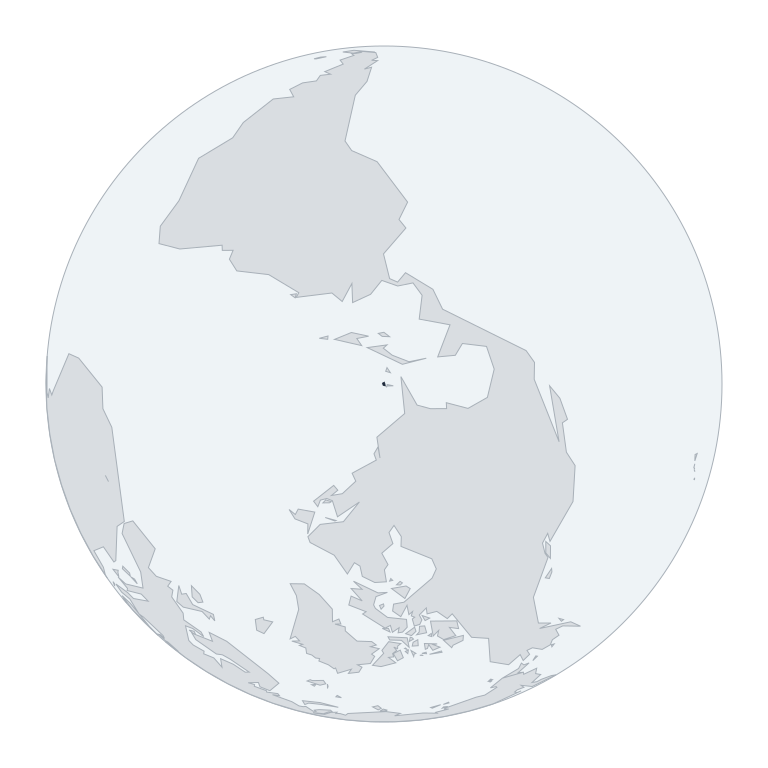 globe centered on Central Abaco, rotated 180°
{"feature_id": "BHS-5015", "entity_name": "Central Abaco", "entity_type": "District", "adm_level": 1, "iso_a3": "BHS", "parent_name": "The Bahamas", "parent_adm1": "", "projection": "orthographic", "projection_center": [-77.217, 26.497], "detail": "coarse", "context": "on_globe", "style": "filled", "palette": "slate", "viewbox_px": 768, "rotation_deg": 180, "n_neighbors": 0, "source": "natural_earth", "source_scale": "10m", "svg_char_len": 9866}
<svg xmlns="http://www.w3.org/2000/svg" viewBox="0 0 768 768"><g transform="rotate(180 384 384)"><circle cx="384" cy="384" r="338" fill="#eef3f6" stroke="#a8b0b8"/><path d="M378.4,489.4L370.4,485.9L362.5,495.3L335.1,478.7L325.4,458.8L241.9,417.4L233.5,405.6L233.8,388.7L208.9,326.2L218.4,382.2L208.1,369.7L200.5,348.7L205.6,345.2L201.6,315.8L192.9,302.4L195.0,266.5L218.0,226.6L220.3,234.6L225.5,224.9L223.0,214.7L220.0,210.5L234.6,170.7L229.6,145.0L217.0,145.0L228.4,139.5L197.2,146.2L187.5,141.8L205.3,142.1L212.3,138.7L209.0,132.8L215.6,128.3L217.7,123.2L225.8,118.6L235.6,120.2L241.0,117.6L238.4,113.7L244.8,107.5L247.8,113.4L259.4,103.3L277.8,106.3L279.4,129.6L296.4,130.7L315.8,154.2L320.7,149.4L331.2,156.6L340.9,154.1L341.7,160.1L348.7,153.0L346.1,148.1L348.2,143.6L353.7,142.0L355.7,149.0L353.3,150.8L356.7,152.1L355.4,156.5L359.1,153.4L361.0,162.7L367.2,151.3L375.4,157.0L374.4,163.9L364.0,165.8L335.9,189.9L331.7,199.1L336.2,209.2L367.0,221.6L366.7,231.4L374.0,242.6L379.0,235.5L375.1,224.4L386.2,214.8L380.0,203.4L383.6,198.2L381.6,186.2L393.2,185.5L405.7,191.6L408.0,201.9L413.6,205.3L420.6,194.0L433.8,212.8L457.9,225.5L460.1,231.3L447.8,243.6L424.6,246.3L408.6,266.0L430.5,251.2L435.6,267.3L441.2,269.5L447.6,267.9L450.2,261.3L454.4,266.8L434.3,282.6L430.2,277.8L436.6,272.5L425.7,274.3L412.2,286.8L415.9,294.8L391.7,307.9L394.0,314.2L390.0,321.1L388.0,310.0L391.1,330.8L363.3,354.5L367.1,391.4L350.9,362.9L337.5,359.3L321.4,359.4L321.7,365.3L300.0,359.6L280.6,370.6L273.8,398.9L281.5,421.6L305.6,424.5L312.7,412.7L330.3,411.1L318.0,443.2L348.8,448.9L345.9,472.7L355.0,485.1L370.3,482.0L386.2,487.6L397.4,473.7L415.4,465.4L416.1,484.5L425.8,466.5L436.1,475.0L471.8,470.6L469.2,475.3L499.3,493.4L531.2,497.1L538.6,508.8L534.9,517.7L545.7,517.6L545.9,522.8L588.2,519.0L609.0,524.4L607.7,541.8L589.1,567.2L569.4,609.7L535.3,630.2L524.7,645.5L494.8,669.0L474.3,671.2L478.3,678.6L465.4,685.1L451.6,687.1L447.7,692.6L437.4,693.8L443.2,696.4L424.8,703.9L427.9,707.9L414.1,712.6L416.5,714.4L411.9,714.6L406.6,715.6L405.6,716.6L392.2,715.4L390.3,710.6L396.4,707.7L390.4,707.4L403.6,698.9L396.4,700.8L401.0,686.6L412.7,672.8L423.0,627.0L416.3,617.4L390.9,606.3L360.4,565.9L369.0,548.5L362.1,540.0L384.5,514.1L378.4,489.4ZM70.8,314.5L73.2,307.1L72.9,313.5L70.8,314.5ZM73.9,301.5L73.2,304.2L73.7,301.7L73.9,301.5ZM73.7,298.9L73.9,300.7L73.4,299.3L73.7,298.9ZM73.1,296.3L73.6,297.4L73.4,297.5L73.1,296.3ZM365.6,403.7L400.8,420.4L381.0,423.1L384.7,419.8L375.8,412.8L359.1,406.3L341.7,409.8L365.6,403.7ZM73.3,290.2L73.5,288.4L74.1,288.7L73.3,290.2ZM380.8,383.5L374.7,382.2L380.7,382.0L380.8,383.5ZM217.6,209.6L222.2,215.1L222.2,226.5L217.5,222.2L217.6,209.6ZM218.7,189.5L222.7,190.2L216.4,199.5L216.1,196.1L218.7,189.5ZM206.6,146.7L209.1,149.7L204.4,148.4L206.6,146.7ZM216.6,123.3L213.8,124.1L216.1,121.2L216.6,123.3ZM375.3,187.6L378.4,186.9L377.2,189.5L375.3,187.6ZM371.5,183.2L367.9,186.6L365.6,185.1L367.8,183.0L371.5,183.2ZM230.6,111.8L235.2,107.4L232.2,112.1L230.6,111.8ZM376.5,179.5L361.9,182.0L357.8,179.4L363.1,169.5L376.5,179.5ZM238.9,105.1L249.9,95.3L244.6,95.8L265.7,89.8L249.4,99.5L246.6,104.9L244.1,103.1L238.9,105.1ZM342.9,147.4L345.9,152.5L338.3,149.9L342.9,147.4ZM337.5,146.9L311.2,147.1L309.4,139.4L318.6,140.6L312.2,132.4L324.3,128.4L330.5,132.0L329.3,137.6L334.8,132.0L337.5,146.9ZM275.6,88.4L279.7,86.7L277.3,88.9L275.6,88.4ZM348.5,141.7L343.3,142.1L341.4,135.3L351.4,133.2L348.8,136.0L348.5,141.7ZM304.6,132.6L305.0,127.6L314.9,122.8L316.3,120.3L324.4,127.7L304.6,132.6ZM352.0,136.7L356.5,132.4L362.4,134.3L353.4,140.8L352.0,136.7ZM336.7,134.6L336.3,131.4L339.8,132.4L336.7,134.6ZM385.7,139.6L379.5,139.6L378.0,136.0L385.7,139.6ZM357.8,130.8L355.8,130.2L354.5,128.9L358.6,126.6L357.8,130.8ZM330.8,124.1L334.9,123.4L328.0,120.8L335.2,117.7L339.3,123.4L340.5,119.6L342.7,118.7L343.6,124.5L330.8,124.1ZM358.9,120.7L366.6,127.7L378.3,128.0L380.0,131.2L360.8,130.2L358.9,120.7ZM349.8,122.3L355.8,121.9L354.9,125.7L350.2,128.3L349.8,122.3ZM338.5,113.7L326.5,117.0L326.0,115.7L338.5,113.7ZM362.5,120.0L360.6,118.4L363.4,119.5L362.5,120.0ZM346.1,114.6L341.9,115.8L341.5,114.3L346.1,114.6ZM360.2,114.4L362.7,116.5L359.6,118.1L360.2,114.4ZM353.9,113.8L354.3,111.5L357.0,117.5L352.1,114.6L353.9,113.8ZM346.4,113.0L344.7,112.5L348.2,112.7L346.4,113.0ZM370.5,107.2L374.7,114.4L367.8,117.9L364.7,110.3L370.5,107.2ZM414.1,717.7L393.1,716.0L405.1,716.9L414.6,714.8L425.2,716.0L414.1,717.7ZM441.6,711.3L451.9,709.1L454.0,709.2L447.4,710.9L441.6,711.3ZM635.5,158.4L646.0,172.4L637.8,164.8L618.8,141.9L609.8,132.6L635.5,158.4ZM602.1,125.9L601.5,126.2L589.5,116.5L600.3,126.1L602.6,127.2L609.4,133.7L607.7,133.3L603.5,129.5L604.9,132.4L624.5,150.9L628.9,154.0L638.1,168.9L646.4,175.9L652.1,184.0L640.2,175.3L634.5,169.5L619.8,166.8L626.7,173.9L640.9,177.5L640.5,179.6L649.9,191.0L642.4,184.1L625.0,179.9L627.3,196.0L645.9,234.5L643.9,244.5L635.2,247.1L612.8,219.2L619.6,200.4L611.7,191.7L596.9,186.6L600.3,181.8L595.1,177.8L596.3,171.1L584.9,154.9L584.2,148.1L567.0,136.1L564.3,131.4L575.3,139.5L582.5,142.2L579.2,127.5L574.8,123.0L563.9,116.8L564.3,114.2L554.2,110.1L546.0,100.8L547.4,109.3L534.6,103.7L522.8,95.8L518.8,95.9L538.1,109.0L545.6,113.2L551.6,114.0L572.2,128.4L576.1,134.9L555.5,126.7L558.8,135.6L541.3,126.7L499.9,94.3L489.1,84.8L498.1,77.3L508.0,81.2L509.6,85.5L519.8,85.3L513.4,83.4L513.7,81.7L501.6,77.3L501.3,75.9L490.2,74.4L488.5,72.3L495.5,73.3L476.1,66.3L469.0,62.1L464.8,61.3L462.2,61.6L455.0,56.9L452.2,56.6L453.5,57.9L448.7,58.4L437.5,57.8L435.6,56.1L439.4,56.1L444.5,54.3L454.9,55.4L453.0,54.8L443.5,53.6L437.2,55.6L431.0,55.8L432.6,54.2L431.5,54.7L427.8,54.4L422.4,52.8L420.1,54.5L382.0,56.4L367.7,54.6L373.4,52.2L344.8,55.0L330.9,54.8L332.2,55.7L319.3,59.0L323.5,59.0L323.1,59.8L291.9,70.8L283.2,72.9L271.1,80.7L271.8,81.4L277.6,80.1L265.7,89.8L244.6,95.8L244.3,93.7L231.3,99.8L232.4,94.4L227.3,93.5L236.0,85.5L231.2,86.3L226.6,88.7L216.7,92.4L212.0,93.2L235.8,81.5L246.9,82.7L244.1,80.7L250.7,78.2L253.4,76.0L250.9,75.4L246.9,77.1L273.6,64.7L275.1,64.1L298.9,57.0L323.2,51.6L347.8,48.0L372.6,46.3L397.4,46.3L422.2,48.2L446.7,52.0L471.0,57.5L494.7,64.7L517.9,73.7L540.3,84.4L561.9,96.7L582.5,110.5L602.1,125.9ZM720.8,412.0L721.0,400.3L721.0,375.6L719.8,370.1L718.6,379.5L716.2,373.0L714.7,377.3L699.1,414.3L689.3,409.9L665.9,380.9L665.1,359.3L656.2,340.7L643.7,246.5L650.9,241.6L652.2,207.4L654.1,206.0L664.6,221.2L674.1,217.3L664.6,200.7L662.6,192.9L660.7,190.0L674.8,211.9L687.2,234.9L697.8,258.7L706.5,283.2L713.4,308.4L718.2,334.0L721.1,359.9L721.9,386.0L720.8,412.0ZM659.5,286.4L662.6,292.4L662.6,292.5L659.5,286.4ZM472.9,470.2L477.3,473.4L471.6,474.2L472.9,470.2ZM378.4,431.3L385.8,431.6L389.7,434.6L384.1,435.7L378.4,431.3ZM440.3,428.7L448.7,429.7L440.0,432.0L440.3,428.7ZM406.3,422.4L433.5,428.6L416.6,435.5L399.4,431.8L411.2,429.5L406.3,422.4ZM377.6,395.3L382.3,396.7L381.0,400.4L377.6,395.3ZM385.1,383.5L383.4,383.8L381.0,380.8L385.1,383.5ZM436.7,266.3L438.5,265.2L445.1,265.1L442.2,268.1L436.7,266.3ZM473.0,249.1L478.9,258.5L472.7,253.5L469.8,258.9L453.2,255.9L460.3,234.0L460.1,244.1L473.0,249.1ZM433.1,247.0L442.8,250.5L431.9,247.5L433.1,247.0ZM565.1,165.9L569.9,165.3L575.8,171.1L576.6,182.3L568.1,173.7L565.1,165.9ZM575.3,163.4L554.6,153.6L553.2,147.1L557.5,152.2L558.7,148.9L565.9,156.5L584.8,160.9L591.2,166.5L589.2,182.5L586.3,173.8L581.8,174.5L575.3,163.4ZM504.2,148.2L495.3,146.1L504.0,134.4L511.3,137.8L512.7,148.5L504.7,150.8L504.2,148.2ZM388.5,162.5L384.5,164.1L384.0,161.9L386.9,158.8L388.5,162.5ZM382.9,139.9L405.4,154.0L401.9,156.3L419.2,163.0L416.9,171.9L405.8,167.1L416.9,179.5L405.9,178.7L414.5,186.8L390.0,175.1L380.6,175.6L392.0,171.4L394.4,163.1L392.6,159.6L380.5,150.6L361.5,148.6L360.8,140.8L365.4,135.9L369.9,135.2L368.9,140.3L375.6,135.7L377.6,142.6L382.9,139.9ZM419.6,94.6L416.6,98.8L430.4,94.7L432.4,100.0L433.9,99.2L439.6,103.2L449.1,107.0L448.4,109.5L452.4,110.0L456.2,113.0L461.4,114.6L462.2,120.0L468.6,122.6L465.3,123.7L476.2,126.9L468.4,127.1L472.7,131.6L477.9,129.1L469.3,158.6L471.6,172.4L477.8,184.3L463.7,184.1L448.8,173.5L435.7,158.9L435.5,146.3L429.1,149.0L427.1,144.0L433.0,143.9L422.8,141.1L422.7,137.1L411.0,126.9L396.3,126.4L391.7,123.0L397.4,121.3L388.8,119.3L396.4,113.9L393.3,111.6L397.6,104.5L410.5,103.2L406.0,100.8L409.1,95.8L419.6,94.6ZM372.2,105.2L387.0,101.4L395.5,102.7L384.3,114.7L386.1,117.6L379.3,126.3L367.2,124.4L370.3,122.0L370.4,119.3L374.2,120.9L371.3,117.6L375.4,114.4L374.3,111.1L379.5,110.6L372.2,105.2ZM649.8,197.7L650.1,195.7L649.1,191.2L655.0,198.7L649.8,197.7ZM638.4,195.0L637.7,191.8L645.6,199.3L645.2,201.8L638.4,195.0ZM630.7,184.2L637.1,191.1L633.4,188.9L630.7,184.2ZM573.9,136.7L572.4,133.6L574.9,134.6L578.8,137.9L573.9,136.7ZM460.9,87.0L457.8,88.3L455.7,87.4L444.6,87.6L442.2,84.2L448.0,82.8L460.9,87.0ZM645.1,169.5L644.6,169.0L642.6,166.5L641.1,164.7L645.1,169.5ZM653.4,184.3L653.3,181.9L655.0,186.4L653.4,184.3ZM456.4,83.3L452.1,83.6L453.6,81.8L456.4,83.3ZM439.9,81.8L440.5,79.5L440.6,83.9L439.9,81.8ZM429.7,60.7L447.8,63.7L459.3,64.9L463.2,63.5L465.5,67.3L447.8,65.4L429.7,60.7ZM388.1,56.8L384.8,58.9L381.0,57.9L381.3,57.3L388.1,56.8ZM389.8,58.1L395.4,61.1L390.1,62.3L386.7,59.7L389.8,58.1ZM426.6,70.3L432.1,71.2L430.8,72.6L426.6,70.3ZM277.8,86.0L279.5,86.6L275.8,87.4L277.8,86.0ZM325.7,59.8L324.5,61.1L320.2,61.5L325.7,59.8ZM319.0,65.1L324.7,63.6L319.4,65.8L319.0,65.1ZM337.3,60.5L327.3,63.3L335.7,59.8L337.3,60.5Z" fill="#d9dde1" stroke="#a8b0b8" stroke-width="1"/><path d="M383.9,385.3L383.9,385.2L384.0,384.8L383.9,384.7L383.9,384.3L384.0,384.3L384.1,384.2L384.2,383.9L384.3,383.9L384.3,383.7L384.0,383.5L383.5,383.4L383.4,383.4L383.3,383.1L383.2,382.8L383.4,382.7L383.6,382.9L383.8,382.9L383.7,383.0L383.9,383.3L384.2,383.4L384.3,383.5L384.8,383.8L384.9,384.0L384.8,384.4L384.9,384.5L385.1,384.7L385.0,384.8L383.9,385.3ZM383.9,384.1L383.9,384.3L383.7,384.2L383.8,384.1L383.9,384.1Z" fill="#64748b" stroke="#1e293b" stroke-width="1.5"/></g></svg>